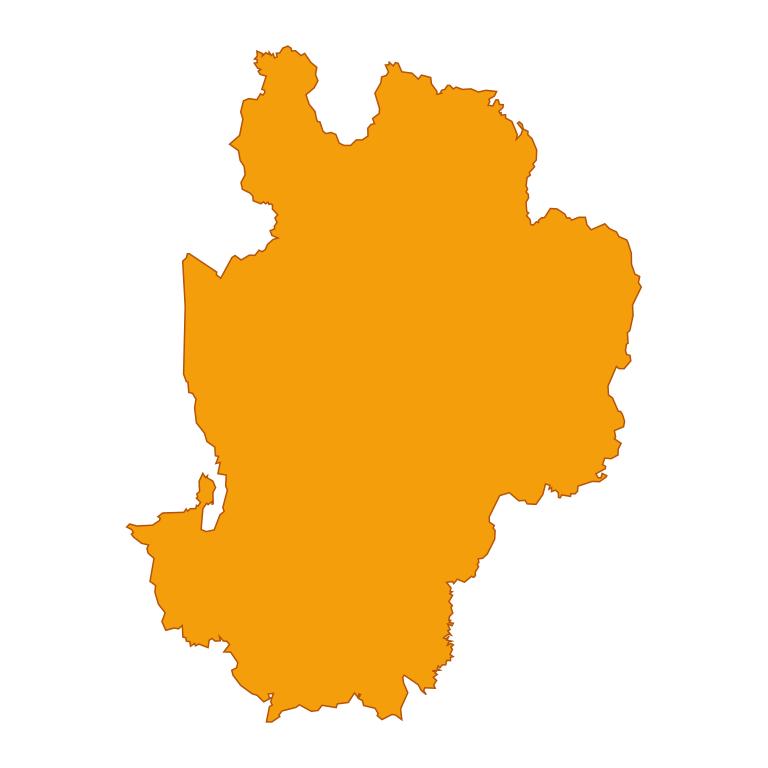 Mohnyin, Kachin, Myanmar
{"feature_id": "60261553B43552707692155", "entity_name": "Mohnyin", "entity_type": "district", "adm_level": 2, "iso_a3": "MMR", "parent_name": "Myanmar", "parent_adm1": "Kachin", "projection": "mercator", "projection_center": [96.513, 25.308], "detail": "fine", "context": "isolated", "style": "filled", "palette": "amber", "viewbox_px": 768, "rotation_deg": 0, "n_neighbors": 0, "source": "geoboundaries", "source_scale": "gbopen_adm2", "svg_char_len": 6054}
<svg xmlns="http://www.w3.org/2000/svg" viewBox="0 0 768 768"><path d="M451.0,607.6L452.4,605.6L448.9,601.6L452.6,595.3L449.8,593.8L452.2,591.7L450.1,591.5L451.0,587.9L446.5,582.4L452.4,581.5L453.7,583.6L457.4,579.2L464.4,582.2L471.6,576.3L473.6,577.4L475.4,575.6L475.2,572.3L478.6,566.7L477.2,564.4L478.9,562.4L478.2,558.9L482.6,558.3L487.2,554.1L494.7,539.2L495.1,530.4L493.1,528.1L494.3,525.4L489.4,522.1L489.2,516.9L499.7,495.6L509.4,492.7L518.9,500.8L525.1,500.4L527.2,503.9L536.0,504.3L542.8,494.6L545.5,484.0L549.9,485.3L549.0,489.1L551.6,487.6L551.5,491.6L555.5,490.1L558.4,492.8L558.5,497.5L560.3,497.8L561.7,494.9L570.5,496.4L570.9,493.7L575.1,493.8L577.5,491.4L577.9,486.2L592.3,481.4L599.4,481.7L606.1,477.1L606.8,475.7L602.1,473.4L600.9,477.9L598.2,477.7L595.8,473.8L605.3,468.7L605.6,466.4L602.5,464.6L604.8,458.1L611.1,458.7L618.0,455.0L618.2,449.1L621.1,443.3L614.4,438.8L615.6,437.1L614.4,430.6L623.6,426.7L624.6,421.4L622.5,414.6L620.5,411.4L618.3,411.3L612.5,397.9L608.5,395.0L608.0,386.1L616.4,366.5L618.9,368.6L624.1,368.7L630.8,360.9L630.1,355.5L626.6,354.5L625.5,350.6L626.4,344.2L628.1,343.2L627.4,332.8L629.9,330.4L633.1,315.3L632.5,305.2L641.3,287.0L638.4,282.5L639.7,276.5L634.9,274.1L631.5,264.3L631.3,253.2L628.1,242.9L626.6,239.9L619.1,236.7L616.4,231.9L609.4,228.6L604.8,223.8L591.2,229.8L587.0,224.9L585.3,217.3L578.8,217.3L571.6,220.1L569.6,217.8L566.8,218.0L564.8,214.1L557.0,208.9L550.3,208.5L544.6,217.5L541.3,217.9L538.4,220.5L538.5,222.5L536.3,221.8L533.4,224.9L530.9,224.7L530.0,219.4L526.5,215.7L528.6,212.9L526.8,211.7L526.0,202.4L528.6,197.8L528.2,194.2L526.0,192.0L527.6,189.3L526.1,185.6L527.1,177.5L530.3,175.2L529.3,172.6L534.6,166.7L532.9,164.1L536.3,160.0L536.7,150.0L532.0,138.7L527.8,134.7L528.0,131.4L523.2,129.0L522.2,124.4L519.3,121.8L517.5,123.2L522.6,129.7L520.9,134.7L516.3,139.3L517.3,134.6L511.9,121.5L505.6,118.0L505.6,114.8L501.1,115.1L501.1,112.6L499.7,113.1L498.9,111.3L502.9,107.6L503.3,104.7L499.5,104.4L498.2,99.9L495.9,99.9L492.8,105.9L488.1,105.3L489.8,101.5L488.9,99.2L494.4,96.1L496.6,91.5L485.9,90.3L478.4,92.0L471.1,88.9L462.4,89.4L456.2,87.1L453.2,88.9L449.9,85.4L447.5,85.4L444.8,89.5L441.7,90.2L440.4,92.5L441.5,93.2L436.9,94.3L436.9,91.4L431.4,83.7L430.7,77.5L421.5,75.1L418.3,79.1L412.1,73.2L401.8,71.8L398.1,63.2L395.5,62.6L393.1,65.9L389.2,62.2L388.8,64.8L385.4,65.0L388.5,72.0L386.4,75.4L381.6,76.9L380.9,82.7L374.9,93.2L379.5,108.3L379.2,113.5L372.6,118.5L374.5,123.7L371.1,124.4L367.8,128.2L368.0,136.0L362.1,140.0L356.3,139.9L350.7,145.4L343.9,145.4L339.2,143.1L335.8,134.4L331.0,132.5L325.9,133.6L322.9,131.0L319.9,121.9L317.7,121.6L316.5,119.0L315.0,111.5L309.1,104.2L306.0,94.7L314.2,87.8L317.9,80.8L315.5,74.5L316.8,67.3L310.8,62.4L304.7,53.4L301.0,55.6L295.5,50.7L291.6,51.0L291.1,48.2L287.9,46.1L282.8,48.1L279.7,53.0L276.3,53.2L277.2,56.8L274.5,57.9L273.1,53.7L271.4,55.5L269.1,52.1L268.8,54.3L265.8,52.6L262.3,56.0L262.7,53.7L256.9,51.1L257.3,56.1L254.5,59.0L256.9,59.4L257.3,62.6L254.3,63.2L257.7,68.2L260.9,69.5L258.2,71.1L260.1,74.4L266.2,76.1L261.8,89.4L264.5,90.2L264.8,92.6L262.8,95.2L260.5,93.7L256.9,99.7L248.8,98.6L243.5,100.8L240.7,111.9L242.9,119.0L239.6,135.4L229.6,144.2L238.5,150.7L240.2,160.5L244.2,166.4L245.1,174.8L241.0,182.6L242.4,189.3L250.3,193.2L253.0,196.5L253.1,200.7L260.9,203.8L263.4,201.9L265.5,203.8L268.1,202.2L269.0,204.4L270.8,203.8L272.5,205.1L272.4,209.1L277.7,214.7L274.9,218.0L277.0,222.4L274.3,226.3L274.7,228.8L270.1,230.7L271.9,235.4L278.0,238.0L273.2,239.4L267.5,244.4L265.2,249.7L262.1,251.7L259.0,250.2L255.0,255.3L249.2,255.2L241.2,260.0L235.0,255.5L231.9,257.6L220.7,278.3L216.4,274.8L216.7,272.1L189.4,253.8L187.4,253.7L186.4,257.8L182.7,261.2L185.2,306.4L183.6,374.1L186.3,381.5L187.9,382.1L188.8,392.4L192.6,393.4L196.0,399.3L194.6,407.9L196.4,422.8L204.5,433.2L206.9,441.5L214.8,447.1L215.4,455.8L218.6,456.4L215.9,463.5L220.2,462.4L217.9,473.7L226.2,475.1L225.7,486.1L227.4,490.0L222.8,507.6L224.2,511.5L220.0,514.7L214.2,529.9L206.0,531.6L201.1,529.5L202.9,508.7L206.6,503.2L208.1,504.6L212.1,501.5L212.1,504.2L213.2,503.8L212.9,492.5L215.6,487.6L212.8,481.0L207.2,477.9L207.5,475.7L205.5,477.6L202.8,473.3L199.1,481.3L199.6,491.6L196.8,493.8L197.7,497.4L196.4,498.1L200.5,502.3L198.2,506.0L196.5,505.3L195.7,508.6L190.2,508.7L187.7,511.2L186.2,508.9L183.9,512.3L162.7,513.0L157.9,516.7L160.2,518.2L159.5,520.5L152.5,525.2L136.9,526.0L129.6,524.0L126.7,527.0L131.9,529.7L133.3,532.7L131.3,534.1L133.6,537.1L141.6,543.3L148.6,545.0L146.9,548.5L148.1,553.1L154.0,558.4L150.0,581.4L155.6,585.5L154.9,592.1L158.5,604.3L165.2,612.8L161.9,621.5L165.8,630.3L174.6,628.0L178.5,628.9L182.3,625.5L182.9,637.1L185.7,637.7L186.3,641.1L189.8,641.7L190.5,646.2L194.6,643.5L195.4,645.8L198.9,644.1L208.1,647.6L209.1,640.3L211.9,638.5L215.1,641.1L220.3,640.8L219.4,636.4L223.5,641.1L226.6,641.2L229.5,644.5L223.8,651.9L230.6,652.1L237.8,662.6L236.6,667.8L231.7,670.3L233.1,675.4L240.7,685.4L252.0,693.7L257.1,695.3L263.8,701.9L270.9,698.0L269.2,697.6L268.3,694.0L273.4,693.4L270.7,701.6L272.2,705.2L269.5,706.5L266.4,721.9L271.9,721.9L279.8,716.5L278.9,715.2L281.9,711.0L295.9,707.4L299.4,704.8L311.3,711.3L318.0,710.5L322.1,705.3L336.2,707.6L337.4,703.9L348.3,702.5L354.5,693.0L357.6,697.1L359.1,693.9L360.5,694.6L358.4,698.5L362.4,700.5L363.6,705.5L375.1,708.3L378.1,713.5L377.2,715.7L382.0,719.6L391.9,714.5L395.3,714.9L401.8,719.7L400.6,708.8L407.8,692.7L403.7,683.3L402.7,677.3L404.2,675.1L418.2,684.7L421.2,690.4L426.2,694.6L423.7,690.6L424.8,687.8L435.2,688.2L433.7,684.9L436.6,680.5L433.3,677.2L437.2,674.5L435.2,673.2L435.9,671.8L432.2,670.9L440.1,670.1L437.2,668.6L438.1,665.9L439.9,667.7L442.4,664.8L445.7,664.9L446.7,660.4L450.5,660.6L450.5,657.4L453.2,656.6L450.0,654.5L452.5,649.3L450.9,647.2L453.4,644.9L451.1,643.5L447.4,645.2L448.7,642.1L451.6,641.2L446.9,640.1L449.1,636.0L446.0,639.0L443.5,637.9L448.3,634.2L451.1,635.1L447.8,630.7L450.1,629.6L447.6,624.1L452.0,625.8L453.3,623.2L449.2,622.6L450.7,620.4L448.8,620.2L449.4,616.6L452.8,613.0L451.0,607.6Z" fill="#f59e0b" stroke="#b45309" stroke-width="1.5"/></svg>